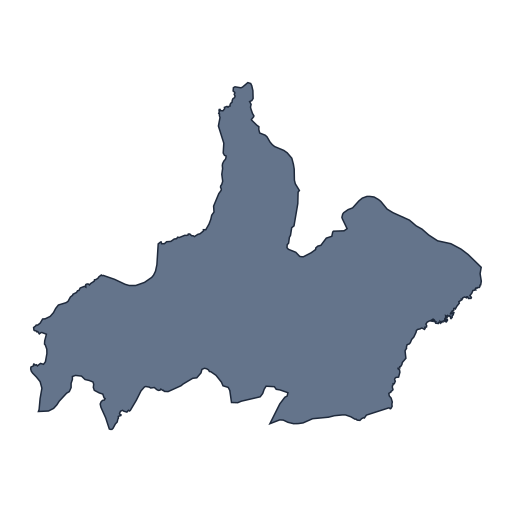 outline of Xay, Oudômxai, Laos
{"feature_id": "54806243B51334446972135", "entity_name": "Xay", "entity_type": "district", "adm_level": 2, "iso_a3": "LAO", "parent_name": "Laos", "parent_adm1": "Oudômxai", "projection": "natural_earth1", "projection_center": [101.969, 20.735], "detail": "fine", "context": "isolated", "style": "filled", "palette": "slate", "viewbox_px": 512, "rotation_deg": 0, "n_neighbors": 0, "source": "geoboundaries", "source_scale": "gbopen_adm2", "svg_char_len": 6032}
<svg xmlns="http://www.w3.org/2000/svg" viewBox="0 0 512 512"><path d="M269.9,423.7L279.7,419.9L283.3,420.1L287.9,422.3L293.6,423.7L298.2,423.6L303.1,422.9L312.6,418.7L328.5,417.2L334.4,415.7L342.6,414.9L345.4,414.9L350.9,416.8L354.8,419.1L356.2,419.2L357.1,420.1L359.9,420.4L361.7,418.6L363.6,417.7L364.4,418.0L366.4,415.1L388.7,407.9L389.7,408.1L390.2,408.8L390.9,408.5L392.1,406.4L391.9,404.0L392.3,402.0L391.1,398.0L389.3,396.0L388.8,393.4L391.0,392.0L391.0,391.4L392.6,390.3L393.0,389.3L392.4,387.8L392.4,385.9L393.2,384.6L393.1,383.7L394.3,383.7L395.3,381.2L394.6,379.6L394.9,378.4L395.8,377.5L398.6,377.1L399.9,372.2L399.5,369.8L398.3,369.1L398.0,368.3L399.9,367.9L399.7,366.7L400.9,366.2L401.9,364.5L402.3,362.5L405.9,358.3L405.1,351.3L405.2,350.4L406.6,348.3L406.4,347.1L407.1,344.7L409.3,343.9L410.3,342.7L411.7,339.4L413.8,337.1L416.1,332.2L416.4,330.5L417.7,329.4L420.1,328.9L421.4,328.1L422.3,328.2L424.5,329.4L425.2,328.3L424.8,327.3L426.5,327.0L426.7,325.7L425.9,324.1L427.2,322.1L429.7,320.8L432.1,321.2L431.3,320.2L432.0,319.8L432.7,320.3L432.7,319.3L433.1,319.1L434.3,319.9L434.6,320.5L433.9,320.7L434.3,321.4L435.8,321.7L435.3,322.5L435.7,323.2L438.3,323.5L438.6,322.4L439.3,322.2L440.3,323.2L440.7,322.5L440.4,321.6L441.6,322.5L442.0,321.5L443.0,321.9L443.2,321.0L444.0,320.7L444.5,321.1L444.7,319.8L445.7,321.7L446.4,321.9L447.5,320.2L447.4,319.5L446.8,319.1L445.9,320.0L446.0,319.2L445.1,318.6L445.7,317.7L445.7,316.8L447.0,317.5L447.3,317.1L445.7,316.2L445.6,315.6L447.0,316.3L447.6,315.4L449.0,316.2L449.6,315.8L450.3,316.3L450.6,318.2L451.0,318.6L452.2,317.3L452.1,316.1L453.2,314.8L453.9,312.5L453.4,312.4L452.8,313.3L451.0,313.9L450.5,313.9L450.5,313.4L451.5,312.0L452.7,311.6L452.3,311.0L453.8,310.2L453.8,308.5L454.7,308.3L455.4,308.9L456.8,306.3L459.3,303.2L458.8,301.7L461.8,299.8L461.4,299.1L462.4,298.9L462.9,297.7L464.7,297.0L466.5,297.8L466.8,296.8L467.6,296.8L468.5,298.5L471.0,298.4L471.4,297.4L469.9,295.5L471.7,293.4L472.9,290.5L475.8,289.9L475.2,289.1L475.9,288.0L477.0,288.2L477.3,287.6L479.2,287.5L479.9,286.6L479.9,285.2L480.7,284.9L481.3,281.2L480.1,273.7L481.2,267.3L468.1,254.5L461.0,249.1L450.9,243.7L437.6,240.8L428.7,235.0L422.0,229.1L416.2,225.9L409.4,220.1L393.0,212.7L387.1,209.1L380.8,201.4L378.6,199.6L374.1,197.0L369.7,196.4L367.0,196.4L362.3,198.1L358.9,200.9L352.6,207.9L348.1,209.6L343.7,212.7L342.7,214.1L341.9,217.3L342.4,218.9L347.1,228.7L344.1,230.8L333.4,231.2L332.7,232.1L331.8,236.3L326.3,238.1L320.9,245.3L317.8,246.1L315.8,247.9L315.6,249.5L311.1,252.8L303.3,256.8L301.4,256.7L299.7,256.4L295.8,252.3L288.4,249.3L287.0,247.7L287.2,244.7L288.6,243.2L289.4,237.3L290.5,235.4L291.7,227.7L294.0,225.9L297.8,203.6L298.1,192.1L299.4,190.5L295.3,183.8L294.4,180.2L294.2,169.1L293.4,164.2L291.8,158.2L287.2,152.8L283.8,150.4L274.7,146.6L272.3,144.7L270.0,142.0L267.0,136.8L265.2,135.2L259.7,133.0L258.8,129.5L258.9,126.7L256.8,125.2L251.6,120.1L251.4,119.5L253.7,116.7L253.9,115.8L252.5,113.5L250.9,108.9L250.5,107.1L251.1,104.3L249.6,101.6L251.8,100.6L253.1,98.5L252.9,90.7L251.8,85.8L250.7,83.5L247.8,82.6L242.4,87.2L240.9,87.8L235.0,86.8L233.4,87.7L233.1,91.0L234.7,92.3L234.9,93.0L234.2,94.3L235.1,96.1L234.5,97.7L233.0,98.6L232.3,100.1L232.0,102.3L230.7,103.3L230.1,104.5L230.1,106.0L229.2,106.2L228.0,107.2L227.0,106.4L224.4,107.4L224.6,108.8L222.9,110.8L220.6,110.6L220.0,109.4L219.2,109.5L219.0,110.9L219.4,111.6L218.7,113.5L219.5,113.9L219.4,115.7L220.0,117.6L218.4,126.0L223.8,143.2L223.2,153.0L224.5,155.4L226.0,155.9L226.1,157.0L225.5,159.2L223.9,161.0L222.6,163.6L222.3,165.5L222.6,168.6L221.8,174.3L222.7,181.3L221.7,184.5L220.7,185.9L220.5,187.1L221.3,189.1L221.2,190.3L218.8,193.6L213.6,206.1L214.0,212.0L211.7,215.2L210.8,219.3L209.0,224.1L205.8,229.7L203.4,229.7L203.5,230.9L200.0,233.8L197.9,234.3L194.4,236.6L193.2,235.8L191.6,235.7L189.8,234.0L188.3,234.0L188.0,235.0L186.7,235.4L184.8,235.3L179.4,237.5L177.6,237.2L176.6,238.7L174.2,239.0L170.9,241.4L166.6,241.7L164.4,243.7L161.6,243.7L161.1,241.9L160.6,242.0L158.2,243.9L156.9,264.7L155.5,271.2L153.6,275.1L151.7,277.4L144.5,282.4L135.7,285.5L129.2,285.5L125.1,284.3L114.5,279.3L103.2,275.4L102.1,275.7L101.3,275.0L98.9,276.8L98.0,278.2L96.1,279.5L94.5,279.8L94.2,281.2L90.5,283.6L89.5,284.9L88.0,283.9L86.3,284.2L85.7,284.8L85.8,287.1L84.5,286.3L80.2,288.0L79.0,290.4L77.5,290.8L76.5,292.5L73.0,294.2L72.6,295.3L70.4,297.0L68.0,301.4L66.0,302.7L58.4,305.0L55.7,308.4L53.5,312.6L50.2,316.4L45.2,318.8L42.6,319.0L40.2,323.1L37.6,325.1L36.2,325.1L35.6,326.0L33.6,327.5L33.9,330.0L34.5,330.6L36.1,330.9L36.9,331.9L37.7,331.5L39.3,333.9L41.0,332.6L41.9,332.5L46.4,334.2L44.7,340.8L44.5,344.1L45.3,345.0L46.8,349.2L46.9,353.6L45.4,361.8L43.5,364.3L40.5,363.4L37.4,365.9L36.5,364.8L35.7,365.2L33.9,364.0L33.5,364.7L33.7,365.7L30.9,367.1L30.7,369.0L31.3,371.2L32.6,373.1L36.4,377.0L40.1,381.6L41.9,388.2L40.1,398.6L39.1,409.5L38.4,411.5L48.5,411.0L53.6,408.4L56.9,404.8L59.2,401.2L66.6,393.2L69.3,391.6L71.1,387.6L71.1,383.3L72.4,379.5L72.4,376.5L75.5,375.4L81.5,376.1L85.0,379.5L89.3,380.5L93.0,382.0L93.7,384.4L93.3,387.4L94.3,390.3L99.2,392.9L102.8,394.1L104.1,397.9L105.1,398.5L104.4,400.0L102.5,400.4L101.1,401.8L100.2,404.0L100.9,407.2L105.7,417.9L109.3,429.0L110.5,429.4L111.9,429.4L113.1,428.2L115.4,423.9L117.2,422.0L117.8,419.2L118.4,418.3L118.3,416.4L120.9,415.5L121.0,414.8L119.8,414.2L119.5,413.4L120.5,411.2L122.6,410.3L123.8,411.2L126.9,412.1L128.4,410.3L129.5,411.0L130.3,410.4L136.3,400.3L141.0,390.9L144.5,386.9L145.8,386.5L149.2,387.1L150.7,388.0L154.3,387.5L156.6,389.5L158.4,390.4L160.0,390.2L160.8,389.1L162.8,390.4L163.4,390.3L164.3,391.4L168.1,391.6L181.1,385.7L183.1,384.0L192.7,378.3L196.8,377.8L201.0,372.9L201.9,369.4L204.4,368.3L206.5,368.7L208.5,369.9L209.4,371.5L210.8,371.7L216.0,375.3L221.4,382.1L223.0,385.8L228.2,387.4L229.8,390.5L231.5,402.5L237.7,402.7L241.3,401.2L260.2,396.8L262.7,393.5L264.2,389.2L266.1,386.2L274.4,386.7L276.2,389.3L279.9,389.9L287.9,392.7L287.2,396.0L284.8,397.3L279.8,403.9L269.9,423.7Z" fill="#64748b" stroke="#1e293b" stroke-width="1.5"/></svg>